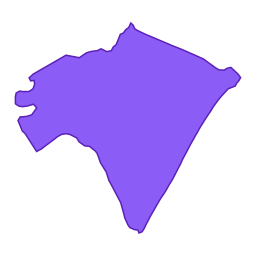 Piaçabuçu, Alagoas, Brazil (Mercator projection)
{"feature_id": "56859067B23765028876070", "entity_name": "Piaçabuçu", "entity_type": "district", "adm_level": 2, "iso_a3": "BRA", "parent_name": "Brazil", "parent_adm1": "Alagoas", "projection": "mercator", "projection_center": [-36.4, -10.401], "detail": "fine", "context": "isolated", "style": "filled", "palette": "violet", "viewbox_px": 256, "rotation_deg": 0, "n_neighbors": 0, "source": "geoboundaries", "source_scale": "gbopen_adm2", "svg_char_len": 1596}
<svg xmlns="http://www.w3.org/2000/svg" viewBox="0 0 256 256"><path d="M137.4,30.5L134.7,28.7L133.2,25.2L130.8,23.0L128.7,27.5L125.6,29.8L123.4,33.0L120.3,34.3L118.2,39.7L116.1,44.7L113.3,46.9L111.3,50.7L106.8,51.6L101.0,48.8L97.2,50.7L91.8,51.3L86.5,52.8L79.3,57.7L66.0,55.2L33.5,73.9L29.1,77.8L30.7,80.9L34.1,80.4L34.6,84.3L33.0,88.8L29.0,91.5L23.2,91.6L19.6,91.1L16.2,93.0L15.4,96.4L15.4,103.8L19.1,106.2L22.7,106.7L28.0,105.9L33.5,104.2L36.7,107.9L31.8,114.7L27.5,116.2L23.8,116.7L20.2,116.9L18.0,120.5L22.3,131.0L25.0,133.4L36.6,151.5L41.5,148.9L45.3,145.9L50.4,142.1L53.8,139.6L57.6,136.6L61.6,134.4L66.1,133.7L69.8,134.4L76.7,137.9L79.1,141.9L84.8,145.9L89.4,146.3L95.4,151.1L97.2,153.6L100.5,162.7L106.3,172.2L108.9,180.5L111.0,184.2L120.7,202.6L123.8,213.9L124.8,217.9L127.9,224.8L129.8,227.6L134.5,229.6L137.8,230.1L139.0,233.0L142.1,231.8L144.4,228.2L146.0,224.6L148.3,220.3L150.3,216.4L153.6,210.7L155.9,206.6L158.2,202.6L160.4,198.9L162.6,195.6L164.6,192.7L167.2,188.3L169.3,184.5L171.0,181.9L173.1,178.3L175.3,174.0L176.9,170.9L178.7,167.3L180.8,163.5L182.2,160.1L183.7,157.3L185.8,153.4L187.8,149.6L189.4,146.5L191.5,142.6L193.7,138.9L195.4,135.6L197.1,132.9L199.1,129.2L200.8,126.2L202.5,123.6L204.3,120.7L206.6,117.2L209.0,113.5L210.9,110.9L212.7,107.7L214.5,105.1L218.0,100.3L221.2,96.4L223.7,93.7L225.9,91.3L228.2,88.8L231.7,87.4L235.2,86.1L236.7,83.1L238.8,80.8L240.6,77.6L238.0,74.1L234.1,70.4L230.9,67.4L227.3,68.2L224.1,70.1L219.1,69.9L215.2,67.6L203.3,58.9L184.8,50.7L180.5,48.9L172.9,45.9L145.5,34.3L137.4,30.5Z" fill="#8b5cf6" stroke="#5b21b6" stroke-width="1.5"/></svg>